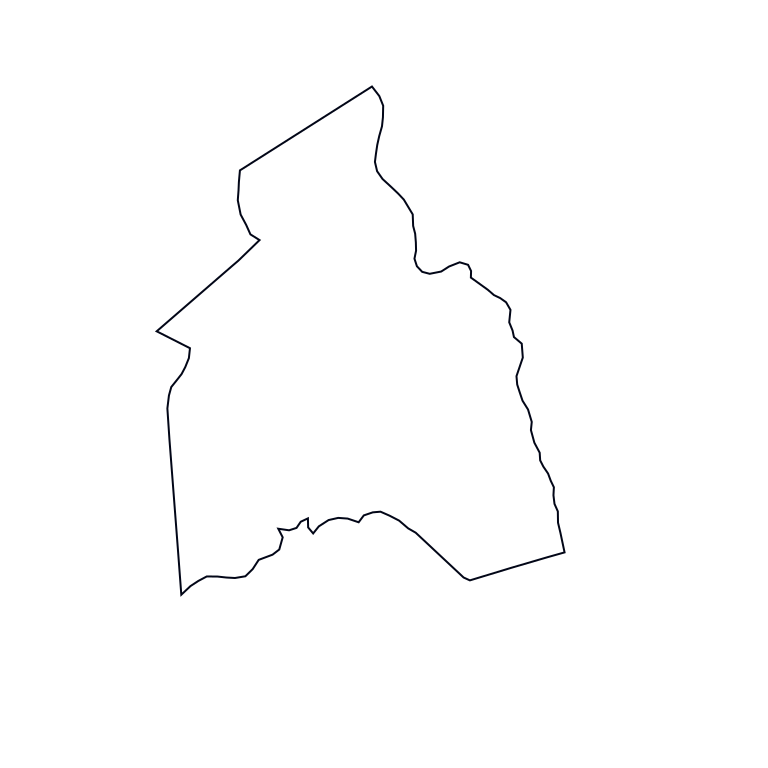 the district of São João do Jaguaribe, Ceará, Brazil, rotated 112°
{"feature_id": "56859067B82663693461417", "entity_name": "São João do Jaguaribe", "entity_type": "district", "adm_level": 2, "iso_a3": "BRA", "parent_name": "Brazil", "parent_adm1": "Ceará", "projection": "orthographic", "projection_center": [-38.275, -5.311], "detail": "fine", "context": "isolated", "style": "outline", "palette": "ink", "viewbox_px": 768, "rotation_deg": 112, "n_neighbors": 0, "source": "geoboundaries", "source_scale": "gbopen_adm2", "svg_char_len": 1582}
<svg xmlns="http://www.w3.org/2000/svg" viewBox="0 0 768 768"><g transform="rotate(112 384 384)"><path d="M655.3,493.0L643.8,487.7L636.2,482.4L628.9,476.3L625.0,466.6L622.5,457.7L619.7,449.5L614.2,440.5L604.8,436.4L594.0,434.3L584.0,423.4L576.7,419.1L564.1,420.5L557.8,427.8L555.2,417.2L550.2,411.2L542.9,409.6L537.1,404.2L545.4,400.6L549.1,393.7L540.4,391.1L530.9,384.4L525.3,376.3L522.4,367.3L521.7,355.7L513.4,353.5L507.2,346.3L503.7,339.4L504.0,329.6L505.0,318.8L508.8,307.5L510.0,298.9L533.6,237.7L533.9,230.8L506.8,197.2L483.4,167.6L472.5,153.5L456.0,164.6L447.4,170.7L437.0,175.1L431.3,181.0L423.7,185.2L416.1,187.8L411.3,193.1L405.6,198.3L400.9,205.3L396.3,210.6L389.4,213.9L382.1,222.6L371.7,230.5L363.8,232.8L353.7,240.9L347.6,249.3L340.7,255.2L334.6,260.3L327.1,264.1L307.5,265.2L295.0,271.4L291.8,281.1L286.3,284.8L279.9,291.0L267.9,294.5L262.5,301.4L260.8,308.6L260.4,315.3L257.8,322.9L255.6,331.8L252.8,343.3L246.6,345.6L242.0,350.7L242.8,359.4L250.7,367.7L258.3,373.1L264.7,382.9L265.7,390.6L262.5,397.6L256.4,402.7L248.4,404.2L240.8,407.5L233.0,411.4L226.5,416.2L216.0,420.9L205.6,434.7L202.1,442.3L198.7,450.9L194.5,462.1L189.3,470.1L181.5,475.6L173.6,477.7L164.9,479.8L155.9,481.3L145.8,482.4L137.1,484.9L126.3,489.0L118.8,496.2L112.7,506.6L239.9,597.6L251.1,594.2L259.0,591.4L268.4,588.4L280.6,580.4L288.2,571.3L295.3,563.9L297.2,553.3L324.3,565.3L331.0,568.8L420.3,614.5L423.5,577.3L433.1,574.6L442.8,574.6L450.6,575.4L458.2,577.6L466.5,580.1L475.2,579.1L487.8,575.7L515.5,562.3L613.8,513.5L655.3,493.0Z" fill="none" stroke="#020617" stroke-width="2"/></g></svg>